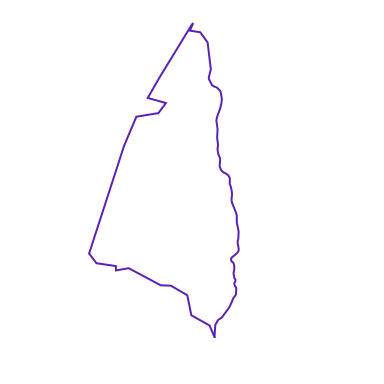 Lincoln, Georgia, United States of America, rotated 46°
{"feature_id": "52423323B92715083029415", "entity_name": "Lincoln", "entity_type": "district", "adm_level": 2, "iso_a3": "USA", "parent_name": "United States of America", "parent_adm1": "Georgia", "projection": "orthographic", "projection_center": [-82.396, 33.811], "detail": "fine", "context": "isolated", "style": "outline", "palette": "violet", "viewbox_px": 384, "rotation_deg": 46, "n_neighbors": 0, "source": "geoboundaries", "source_scale": "gbopen_adm2", "svg_char_len": 1290}
<svg xmlns="http://www.w3.org/2000/svg" viewBox="0 0 384 384"><g transform="rotate(46 192 192)"><path d="M116.9,93.3L95.3,76.9L82.8,75.1L74.5,81.4L71.3,73.8L71.5,75.9L87.1,136.0L93.6,158.5L109.9,149.0L111.9,161.4L99.2,179.7L111.6,208.8L164.8,308.8L176.9,310.2L192.4,298.2L195.6,301.2L202.8,290.5L237.4,279.3L244.7,272.3L263.0,267.1L280.2,278.1L300.3,272.1L312.7,276.9L310.4,274.9L303.7,267.4L302.2,262.2L303.0,257.7L301.1,246.5L300.4,243.8L297.1,236.0L296.3,231.7L291.9,226.9L290.3,226.4L289.5,226.5L287.4,225.3L286.7,224.3L286.4,222.8L285.8,222.1L284.9,221.5L283.3,221.3L279.2,218.5L277.3,215.7L274.6,213.0L272.4,211.7L270.8,211.4L269.4,211.8L267.5,210.7L266.9,209.6L266.8,208.7L267.2,202.3L267.0,200.2L266.4,199.0L264.9,197.5L261.4,195.4L259.0,193.2L258.2,191.6L252.7,185.8L245.1,181.0L240.0,176.1L237.2,174.6L227.4,170.6L225.9,169.6L224.5,168.4L221.4,164.7L218.4,162.4L215.3,160.5L212.3,159.2L209.6,156.3L207.7,154.9L205.2,154.3L201.9,154.9L199.8,155.7L197.0,156.0L193.4,154.6L192.3,153.8L188.1,149.1L187.0,148.3L182.7,146.6L178.8,143.8L176.3,140.6L170.4,136.2L164.6,130.0L157.4,124.7L155.6,122.1L151.4,113.6L149.1,109.9L146.1,106.1L139.6,101.7L138.3,101.5L134.1,101.5L130.9,103.0L129.0,103.4L122.6,101.4L121.3,100.4L116.9,93.3Z" fill="none" stroke="#5b21b6" stroke-width="2"/></g></svg>